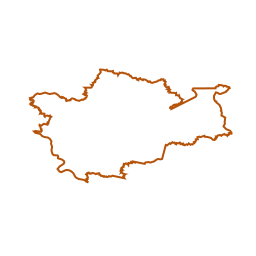 the district of Cáceres, Antioquia, Colombia, rotated 282°
{"feature_id": "7082276B67484439924814", "entity_name": "Cáceres", "entity_type": "district", "adm_level": 2, "iso_a3": "COL", "parent_name": "Colombia", "parent_adm1": "Antioquia", "projection": "equal_earth", "projection_center": [-75.222, 7.654], "detail": "fine", "context": "isolated", "style": "outline", "palette": "amber", "viewbox_px": 256, "rotation_deg": 282, "n_neighbors": 0, "source": "geoboundaries", "source_scale": "gbopen_adm2", "svg_char_len": 5846}
<svg xmlns="http://www.w3.org/2000/svg" viewBox="0 0 256 256"><g transform="rotate(282 128 128)"><path d="M146.5,228.5L147.3,224.3L149.4,221.1L152.5,221.9L153.4,221.4L158.4,220.9L159.7,216.8L162.6,216.6L164.3,215.3L164.9,215.6L167.5,214.4L168.2,213.5L169.4,212.9L171.5,209.0L172.3,208.9L172.4,207.6L174.0,206.3L177.1,205.4L181.1,206.6L181.1,208.1L180.3,210.3L180.8,211.9L183.8,216.4L184.8,216.6L185.3,217.4L187.0,218.0L188.2,219.2L189.1,218.3L188.9,215.9L189.4,215.6L189.5,214.5L189.3,213.5L188.5,212.8L189.2,212.0L189.3,210.2L189.0,207.8L188.1,208.0L187.4,207.4L187.2,206.3L186.2,205.3L185.0,205.4L180.3,183.6L178.8,183.1L178.2,183.8L177.3,186.0L174.7,188.2L172.6,187.7L155.6,166.5L156.0,166.4L156.2,165.1L156.7,164.9L157.7,165.5L158.2,166.9L159.8,167.6L160.3,168.4L160.0,168.9L160.7,169.3L160.5,170.2L161.2,170.6L161.3,172.0L162.7,172.8L162.7,174.3L163.3,174.5L163.9,175.8L164.5,175.7L164.7,174.6L166.2,175.2L167.1,174.7L167.4,175.2L168.1,172.6L170.6,171.1L170.0,170.7L170.4,169.1L170.1,168.2L172.2,167.8L171.8,167.3L172.0,166.2L171.3,161.5L172.0,161.8L172.5,161.5L172.1,159.8L173.6,160.1L173.9,159.0L174.5,160.5L174.7,160.1L175.4,160.1L175.9,159.7L175.5,159.2L176.6,159.0L175.7,157.2L177.2,155.1L177.9,155.2L178.1,155.6L178.6,154.5L180.0,155.3L180.9,154.5L181.1,154.7L181.2,154.3L182.1,154.2L181.7,153.1L183.0,152.5L182.2,150.5L182.5,150.2L181.4,149.5L181.0,148.0L179.8,147.1L177.2,142.3L177.2,140.8L178.1,140.1L178.0,139.0L177.3,138.7L177.5,137.6L177.9,137.5L178.9,135.0L178.8,132.8L177.9,132.7L177.9,132.3L178.6,130.0L179.2,129.6L178.2,128.0L176.9,128.2L177.2,126.6L178.8,125.2L177.7,122.5L178.4,121.1L179.6,119.9L179.2,119.2L180.7,117.5L180.3,116.4L180.9,114.4L180.8,112.9L180.6,112.5L180.1,112.8L180.9,112.0L181.0,110.8L180.2,109.0L180.4,108.3L177.7,107.3L178.7,106.9L179.1,106.0L178.5,103.4L178.9,103.1L179.2,101.7L180.6,101.4L180.0,100.1L179.4,96.4L180.6,95.1L179.6,94.2L179.9,92.5L179.5,88.9L179.3,88.5L177.1,89.7L176.1,89.5L172.9,87.4L171.5,88.2L170.9,87.7L170.6,88.3L170.1,87.3L169.7,87.5L167.8,85.9L167.1,85.8L166.9,86.2L166.1,85.6L165.8,85.9L165.1,84.4L164.9,84.7L162.6,84.8L162.5,83.3L161.8,84.1L160.3,84.0L159.8,83.5L158.5,77.5L157.9,78.7L156.5,78.6L156.2,79.2L154.9,78.3L154.0,79.9L153.5,78.7L151.9,77.3L151.2,79.1L152.0,80.1L151.1,81.1L149.3,80.9L148.1,79.7L147.7,80.0L147.2,79.1L146.4,78.5L146.1,78.0L146.3,77.1L144.4,74.6L144.6,70.7L145.1,70.3L145.4,68.3L145.2,66.9L144.1,66.0L143.2,66.0L143.0,65.6L143.4,65.3L142.4,63.7L142.4,63.1L141.6,62.4L141.8,61.8L143.7,61.3L143.6,60.8L144.7,57.9L144.3,57.0L143.8,57.3L143.6,56.6L144.4,56.3L144.1,55.9L144.2,55.0L145.8,52.6L146.7,50.2L146.8,48.8L144.9,44.3L145.4,39.5L143.2,35.6L142.8,34.1L143.0,32.6L142.6,31.7L140.5,29.9L138.5,29.0L136.9,25.9L136.3,26.5L135.5,26.2L135.2,26.6L135.2,27.3L135.9,28.4L135.2,29.9L134.4,29.7L134.0,30.2L132.6,29.2L132.9,28.2L132.1,28.1L131.6,27.4L130.8,27.5L130.4,28.5L130.9,29.6L130.3,29.5L129.9,30.4L130.2,31.7L129.8,32.3L130.1,33.3L129.6,34.0L129.0,33.5L129.4,35.2L129.3,36.2L128.5,37.0L128.5,36.3L127.5,37.0L127.8,37.3L127.1,37.8L126.8,38.9L126.2,38.6L125.8,39.3L124.3,39.1L124.9,39.7L124.2,40.0L124.4,40.4L123.9,40.9L124.5,41.8L124.6,43.3L122.2,43.6L121.7,44.4L122.5,44.6L123.4,46.4L123.1,47.7L123.8,48.9L123.3,49.0L123.5,49.6L123.0,50.6L122.4,50.0L117.5,49.0L116.8,48.1L116.3,48.1L116.1,49.1L114.5,48.6L114.6,44.7L112.6,43.1L112.3,42.2L112.7,40.9L111.9,40.9L110.9,42.1L109.3,42.8L108.9,43.6L108.2,43.4L107.8,44.1L107.1,44.2L106.3,43.9L105.8,38.1L105.5,38.1L105.1,36.8L104.0,38.4L104.0,42.9L103.4,44.3L102.3,45.6L101.8,48.1L102.0,51.6L101.2,53.7L99.2,55.8L96.6,56.0L93.8,57.7L90.1,57.8L86.8,59.6L86.0,61.0L86.5,64.9L85.6,65.6L83.8,65.8L83.4,70.1L82.2,72.4L80.9,72.9L79.6,72.5L76.2,69.1L73.2,67.6L71.1,70.2L71.0,72.0L73.9,75.9L74.4,77.9L74.3,79.8L73.6,81.9L72.5,83.8L69.2,86.7L68.5,88.0L67.9,90.5L68.1,95.8L67.8,96.9L66.9,98.2L66.5,100.5L67.6,98.5L68.6,98.8L69.2,98.2L69.5,98.9L70.1,98.4L70.5,99.0L71.3,99.1L73.1,97.7L73.9,97.8L74.0,96.7L75.1,97.2L75.1,97.8L75.8,98.1L75.7,98.9L76.1,99.1L75.5,99.9L75.7,100.4L75.5,100.6L75.9,101.3L75.8,101.6L76.7,102.6L76.4,105.9L77.3,108.0L77.1,107.9L77.3,108.3L77.0,109.7L76.4,109.8L76.6,110.3L76.4,110.9L75.6,111.4L75.7,113.5L75.2,114.1L75.4,115.0L75.9,115.0L75.7,116.3L76.1,116.8L75.7,117.9L76.3,119.0L76.9,119.2L77.0,121.4L78.1,122.8L78.1,134.9L79.1,133.9L79.2,133.3L80.1,133.5L80.5,134.4L81.2,134.1L81.1,134.5L81.6,134.6L81.9,134.0L82.2,134.5L82.2,133.4L83.0,130.8L83.3,130.7L83.1,130.5L83.7,130.6L84.2,129.8L84.5,130.2L85.2,130.0L85.2,131.0L85.8,130.7L85.9,131.0L86.1,130.5L86.3,130.9L87.2,130.6L87.5,129.9L88.9,130.9L89.0,131.6L89.5,131.4L90.3,131.9L90.8,131.4L91.1,131.7L91.9,131.5L91.8,132.0L93.0,133.3L92.6,134.1L92.8,134.8L91.8,136.0L93.9,135.8L93.9,137.2L94.8,137.8L94.4,139.2L95.1,139.7L95.4,139.3L95.4,139.9L96.1,140.1L96.0,140.6L96.3,140.3L96.4,151.8L97.8,152.1L99.0,155.2L98.8,156.9L99.4,158.0L101.0,160.9L102.2,161.6L103.9,163.7L104.1,166.3L104.8,167.8L119.3,168.5L119.1,169.8L121.8,172.0L121.3,172.9L123.3,174.4L122.9,175.3L123.4,176.3L123.3,177.0L122.2,177.7L122.0,178.5L123.5,178.9L123.4,180.4L124.6,181.7L124.1,182.6L123.2,182.8L124.3,185.3L123.9,185.6L123.1,185.3L122.9,187.1L124.2,188.6L123.9,189.5L124.4,189.7L124.8,190.8L125.4,190.8L124.6,192.7L124.8,192.9L125.0,192.5L125.4,194.0L125.3,194.5L126.4,195.4L127.0,195.4L127.1,195.8L127.9,195.3L128.5,196.0L128.5,196.8L130.3,197.1L131.0,196.7L131.5,198.6L133.5,197.8L134.4,199.6L134.1,200.7L136.3,204.4L135.4,205.0L135.7,207.5L135.6,211.1L134.2,213.4L134.2,215.1L135.5,216.1L135.8,215.4L136.3,215.5L137.2,216.7L138.1,215.9L138.5,217.1L139.3,217.4L140.1,218.8L139.9,220.6L140.3,220.5L140.4,221.3L142.1,223.3L141.7,223.8L141.9,224.3L141.4,225.7L141.7,226.0L141.3,226.5L141.9,226.5L141.8,227.5L142.5,228.1L143.9,227.6L144.4,228.9L143.7,228.9L143.9,229.9L144.6,229.4L144.9,230.1L146.5,228.5Z" fill="none" stroke="#b45309" stroke-width="2"/></g></svg>